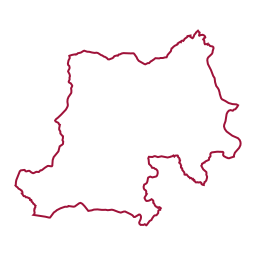 Poni, Poni, Burkina Faso
{"feature_id": "67063806B8041269423759", "entity_name": "Poni", "entity_type": "district", "adm_level": 2, "iso_a3": "BFA", "parent_name": "Burkina Faso", "parent_adm1": "Poni", "projection": "natural_earth1", "projection_center": [-3.327, 10.311], "detail": "fine", "context": "isolated", "style": "outline", "palette": "rose", "viewbox_px": 256, "rotation_deg": 0, "n_neighbors": 0, "source": "geoboundaries", "source_scale": "gbopen_adm2", "svg_char_len": 5789}
<svg xmlns="http://www.w3.org/2000/svg" viewBox="0 0 256 256"><path d="M69.3,55.8L69.7,57.6L69.7,58.2L68.5,60.5L67.9,63.7L68.2,65.0L69.2,65.9L69.4,66.5L69.6,67.8L69.4,68.7L68.4,70.5L68.1,71.5L69.5,74.1L69.9,75.7L69.9,76.4L69.5,77.5L69.6,79.5L68.7,81.5L68.8,82.1L69.1,82.5L70.8,83.4L72.2,85.5L72.1,86.4L71.1,88.2L71.4,90.7L71.3,92.7L71.1,93.2L68.5,97.0L67.6,99.3L67.4,101.8L67.8,104.5L67.8,105.5L67.6,106.4L66.7,108.2L65.8,109.7L61.2,114.6L57.8,117.8L56.1,119.1L55.1,120.5L55.6,121.5L58.3,122.8L59.1,124.3L59.9,124.8L59.6,125.5L59.7,125.8L59.2,128.0L59.2,129.6L60.3,131.4L60.4,133.5L62.7,136.2L63.0,136.3L62.9,138.3L62.5,139.9L62.5,140.3L63.2,141.5L63.0,143.9L61.7,145.1L61.2,145.2L60.8,145.7L59.7,146.3L58.4,151.4L53.7,157.1L52.7,160.0L52.3,165.6L51.9,166.2L51.1,166.3L48.5,165.9L47.6,166.0L44.8,167.8L42.3,169.8L41.5,170.3L40.5,170.3L38.8,172.0L36.3,171.8L34.1,172.9L33.1,173.2L31.5,172.5L29.5,170.9L28.2,170.9L26.4,171.4L25.5,171.2L24.8,170.1L24.3,169.9L20.8,170.4L19.8,171.3L16.3,180.1L15.9,182.5L15.8,184.8L15.4,185.4L16.2,186.4L17.5,187.3L18.5,188.6L20.5,189.7L21.0,190.3L21.6,190.5L22.4,192.0L22.5,193.8L22.1,193.8L23.7,196.1L25.0,196.2L26.0,197.3L26.9,197.2L27.8,197.5L28.5,198.1L29.5,198.2L29.8,198.5L30.1,200.1L30.5,200.2L31.3,200.0L31.6,200.8L31.6,201.6L32.8,202.6L33.3,203.7L34.5,204.4L35.1,205.7L35.5,205.8L35.3,206.4L35.3,207.4L34.8,208.0L34.7,208.7L34.3,209.1L34.5,209.5L34.2,210.8L34.6,212.3L34.5,213.3L34.2,214.2L33.5,214.9L45.3,216.7L49.2,217.6L50.1,217.5L53.8,212.5L55.8,211.1L56.8,210.2L60.5,208.3L65.1,206.7L66.3,206.8L67.9,206.6L68.4,206.0L73.4,206.7L74.7,206.5L79.3,203.2L80.6,202.9L82.3,203.8L84.6,206.2L88.3,210.9L91.9,210.3L93.9,209.6L97.4,209.4L102.1,209.9L105.7,209.8L107.8,210.2L111.9,209.7L113.6,210.1L118.5,212.0L120.8,212.6L123.7,211.6L125.1,211.5L130.6,214.2L132.5,215.3L133.8,216.9L134.9,217.0L139.1,214.5L140.0,214.7L140.9,216.1L141.0,217.5L140.7,219.0L139.2,222.4L139.4,223.7L140.6,224.9L143.5,224.9L144.8,224.2L146.2,225.3L146.7,225.0L149.6,221.0L151.4,220.0L152.2,218.4L153.8,216.1L154.5,215.5L156.5,215.2L158.1,213.2L158.4,210.6L159.3,209.8L160.2,209.8L160.3,208.9L160.8,208.2L159.9,207.4L159.1,207.1L158.2,207.9L157.3,207.5L156.7,206.7L156.0,206.6L155.1,205.7L154.0,203.4L153.4,203.0L153.4,202.3L153.2,202.1L153.4,201.1L152.9,200.3L152.3,199.7L151.5,199.2L150.5,199.9L148.8,200.7L146.8,201.0L146.2,200.8L145.7,200.3L144.6,198.3L144.6,197.5L146.8,194.0L146.2,193.7L146.2,191.3L146.0,190.8L145.5,190.2L144.4,189.5L143.8,188.3L143.6,186.8L144.2,184.6L145.8,183.8L146.8,182.9L147.4,181.4L148.0,178.0L148.3,177.5L150.2,176.6L152.4,177.4L156.1,176.5L156.9,175.8L157.2,175.2L157.7,173.3L157.7,172.3L157.5,170.9L156.8,169.9L156.1,169.2L154.9,168.8L153.9,167.9L152.1,167.8L151.2,166.1L149.0,163.9L148.6,159.4L148.3,158.7L148.3,158.2L148.9,156.8L152.4,157.0L154.3,156.2L155.2,156.2L157.9,157.1L161.5,156.3L167.6,157.5L170.6,156.8L170.8,156.6L172.1,156.3L173.4,155.5L174.3,156.6L175.2,155.6L177.6,155.5L177.9,155.8L178.2,157.3L179.0,157.8L179.5,158.6L179.5,159.9L180.1,160.3L179.7,161.7L179.3,162.2L179.2,162.7L180.2,163.5L181.2,165.8L180.9,166.6L181.0,167.6L182.1,168.3L182.3,169.2L182.2,169.8L184.2,172.3L184.5,173.7L184.5,174.5L185.2,174.8L186.6,174.5L188.7,177.0L189.4,177.2L190.0,178.2L190.8,177.9L191.4,178.1L191.8,178.6L192.3,178.8L192.4,179.1L193.0,178.9L193.2,179.4L193.6,179.6L193.2,179.9L194.4,181.1L195.2,181.4L195.6,182.3L196.9,182.4L197.7,182.2L198.3,182.5L200.3,182.2L200.6,182.6L201.2,182.7L201.6,183.5L201.5,183.9L201.8,184.3L202.7,184.8L203.8,185.0L203.8,184.0L204.4,183.0L204.5,182.1L205.4,181.6L206.3,180.4L207.0,177.8L207.1,176.7L206.3,174.6L206.5,173.2L206.3,172.0L203.2,169.3L201.3,165.8L202.0,164.6L202.0,163.9L202.4,163.5L202.9,163.4L203.8,162.6L204.6,162.6L204.9,162.0L205.5,161.4L208.8,159.9L209.1,159.1L209.1,157.8L210.4,156.5L210.5,155.9L210.3,154.2L210.8,153.1L211.9,152.4L217.2,151.7L222.7,151.9L223.2,152.2L223.4,152.7L223.1,155.0L223.8,156.1L226.7,157.7L227.1,157.7L228.1,158.2L229.4,158.2L230.0,157.9L234.0,156.6L233.9,155.5L234.9,152.7L239.2,147.8L240.4,145.2L240.6,143.3L240.4,141.8L239.7,140.1L238.0,138.2L232.3,135.7L226.6,131.5L224.8,129.0L224.0,126.4L224.2,124.7L225.5,121.2L226.6,114.1L227.5,112.2L228.8,110.7L230.5,110.1L232.8,110.7L233.9,109.6L235.4,109.2L237.3,106.8L238.1,105.3L236.5,104.4L232.5,104.1L228.6,103.0L225.2,100.9L222.0,99.3L221.1,98.1L219.8,94.0L219.6,92.6L218.8,89.8L218.0,88.3L216.2,85.9L215.1,82.2L214.6,78.1L213.2,75.9L211.0,70.1L207.9,64.0L207.3,60.4L207.5,58.7L208.2,57.4L211.8,54.0L212.5,52.7L212.7,51.0L213.5,48.4L213.4,47.3L212.6,46.5L210.1,46.0L208.8,44.5L207.8,44.7L207.7,43.9L207.4,44.1L204.9,44.2L204.5,43.3L204.2,40.6L204.0,39.9L203.2,39.5L203.8,38.3L204.8,37.9L205.3,37.4L205.0,36.4L204.2,35.5L202.7,34.8L200.6,35.1L199.4,35.7L199.1,35.5L199.6,32.5L199.1,32.2L198.0,30.7L195.9,32.6L195.7,33.3L194.4,34.6L193.6,36.9L193.0,37.4L192.9,37.9L192.4,38.2L190.4,36.9L190.5,35.5L189.9,35.6L189.5,36.0L188.5,35.9L188.2,36.2L187.5,36.1L187.1,37.1L184.6,38.9L184.1,39.9L183.3,40.9L182.6,40.6L181.7,40.8L180.7,41.6L180.8,42.2L179.7,42.1L177.6,43.5L177.7,44.2L177.4,44.5L174.7,45.8L173.1,47.1L172.4,48.0L171.6,48.4L170.8,51.3L167.7,54.8L166.6,57.3L165.0,57.4L162.9,58.0L160.4,58.0L159.2,58.4L155.4,58.2L153.3,59.9L152.8,60.1L151.4,61.2L150.8,61.3L149.1,63.1L147.8,63.1L145.4,64.3L144.5,64.1L138.7,60.8L137.3,58.9L136.7,57.4L134.4,54.1L133.7,53.4L133.0,53.3L130.7,53.4L123.2,53.1L122.7,53.3L121.9,53.4L119.8,54.4L118.8,54.5L117.9,55.7L117.5,55.7L117.1,55.4L114.6,56.1L113.8,56.7L113.5,57.4L112.4,58.2L109.2,59.4L108.0,59.3L106.7,57.9L104.8,56.8L103.9,56.6L102.2,55.4L101.3,55.2L98.0,53.1L96.7,52.7L94.5,52.9L92.0,52.5L89.3,51.8L87.2,51.7L84.2,50.7L83.4,51.0L80.8,52.6L77.7,53.3L77.0,54.1L76.5,54.4L76.0,54.2L75.4,54.6L74.7,54.4L72.1,54.9L69.3,55.8Z" fill="none" stroke="#9f1239" stroke-width="2"/></svg>